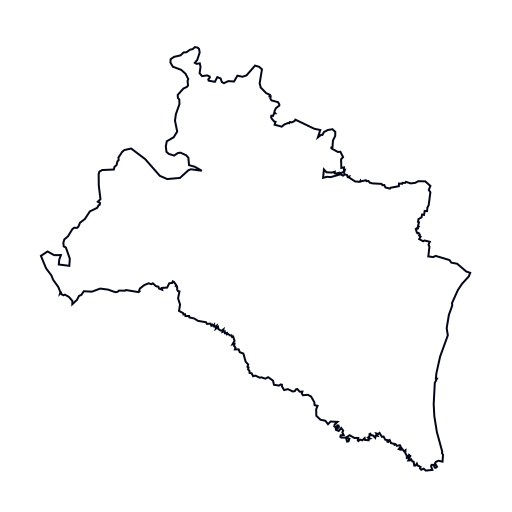 Tegal, Jawa Tengah, Indonesia, rotated 93°
{"feature_id": "22746128B39713682939315", "entity_name": "Tegal", "entity_type": "district", "adm_level": 2, "iso_a3": "IDN", "parent_name": "Indonesia", "parent_adm1": "Jawa Tengah", "projection": "orthographic", "projection_center": [109.163, -7.056], "detail": "fine", "context": "isolated", "style": "outline", "palette": "ink", "viewbox_px": 512, "rotation_deg": 93, "n_neighbors": 0, "source": "geoboundaries", "source_scale": "gbopen_adm2", "svg_char_len": 6019}
<svg xmlns="http://www.w3.org/2000/svg" viewBox="0 0 512 512"><g transform="rotate(93 256 256)"><path d="M304.0,449.8L302.9,448.8L304.4,448.1L305.3,446.3L304.6,444.8L306.7,440.6L310.5,437.0L313.8,436.9L309.2,432.5L305.2,430.7L303.9,428.3L300.2,426.1L300.2,418.0L296.7,409.9L297.3,402.0L299.5,394.6L299.0,392.4L297.7,390.9L297.5,385.0L296.8,384.1L298.2,371.4L297.4,370.4L296.3,370.9L294.4,370.1L290.8,365.9L288.9,361.8L289.6,359.0L288.7,357.6L291.5,354.1L291.7,351.9L293.6,351.1L294.6,347.9L292.8,348.4L292.2,343.1L287.8,341.2L287.2,338.1L285.7,337.8L286.1,336.7L289.5,333.9L290.2,334.5L291.0,333.2L293.9,332.9L295.2,332.0L295.4,330.6L302.4,331.6L308.5,329.3L314.9,330.0L316.9,325.7L318.2,325.4L317.9,323.8L319.7,323.3L319.4,319.8L320.8,319.4L321.6,314.5L323.8,310.5L324.8,302.4L326.4,301.4L325.9,297.9L327.9,297.0L326.9,295.9L328.1,295.0L327.0,294.2L328.5,294.1L328.9,293.2L327.7,291.7L330.7,292.3L328.8,290.2L330.8,289.8L332.2,287.7L332.3,286.2L331.1,284.8L333.6,285.4L332.8,283.3L334.8,282.9L334.3,281.0L335.7,280.9L335.3,279.9L336.8,277.4L336.5,276.3L338.1,275.6L337.6,274.6L341.8,273.0L345.5,274.9L344.9,272.9L346.9,273.2L348.5,271.7L350.4,272.2L350.2,268.4L352.9,267.2L354.1,263.5L362.1,260.8L364.8,258.1L367.2,258.7L367.7,257.6L369.6,258.0L371.1,256.5L373.1,256.3L373.4,254.2L376.2,252.6L375.5,250.3L377.3,246.0L376.9,244.2L378.0,240.3L376.4,237.5L379.6,232.5L383.7,231.3L384.2,226.2L383.0,224.7L383.2,223.4L384.8,223.3L388.4,220.9L387.3,217.2L389.4,212.1L388.9,210.2L386.9,208.9L386.7,207.8L389.2,205.3L389.0,202.6L390.7,203.1L392.6,201.9L391.9,197.0L393.5,193.6L399.0,190.1L401.9,189.7L402.4,186.7L406.0,187.9L412.4,187.4L416.1,183.1L416.9,178.1L420.2,175.3L417.4,172.9L417.4,166.0L420.1,168.6L422.1,168.9L423.0,167.1L420.8,165.8L421.0,164.7L422.3,164.2L423.8,165.3L424.2,167.3L425.4,167.1L426.4,164.2L423.3,161.9L425.8,159.8L427.6,160.5L430.2,159.1L430.6,162.0L432.2,162.3L432.9,161.2L432.6,156.7L436.6,155.3L436.2,153.9L433.6,153.2L433.1,155.6L431.9,155.6L430.1,153.1L432.5,148.4L432.4,144.4L434.6,144.8L435.4,144.1L433.9,142.5L434.5,140.2L432.2,138.0L434.0,137.5L434.1,133.9L432.8,134.0L432.3,132.6L431.4,134.6L430.3,133.4L427.7,133.2L427.5,132.5L428.9,131.8L429.0,129.9L431.3,127.4L429.1,127.1L429.3,125.1L426.9,126.6L427.3,124.5L426.2,123.4L430.0,120.8L429.6,119.2L432.7,117.3L433.0,114.6L434.5,115.1L434.8,114.3L433.0,112.8L435.8,111.4L436.3,108.4L437.3,107.8L436.6,106.8L438.2,105.3L437.4,102.4L438.7,101.6L441.4,103.3L441.9,101.2L440.1,100.7L443.3,97.9L442.2,96.6L444.9,96.6L447.5,95.0L449.8,94.8L449.5,93.8L446.6,92.8L447.6,91.4L452.2,93.2L452.0,91.3L451.0,90.4L453.0,89.0L453.2,87.8L457.0,87.0L456.9,85.7L454.9,84.5L456.8,83.6L458.0,80.6L459.5,81.1L460.8,79.8L459.6,77.4L461.4,75.2L460.4,68.7L456.7,70.2L455.4,69.7L455.3,67.8L458.0,66.3L458.1,65.4L456.9,64.2L453.9,66.4L452.3,65.7L450.9,63.1L451.6,59.0L444.8,58.8L443.0,60.0L441.6,59.8L422.2,66.2L406.8,69.5L394.8,70.8L373.4,70.8L369.0,68.9L369.0,70.0L363.6,69.7L346.9,66.9L325.2,60.3L318.1,61.8L304.7,60.3L295.1,57.4L292.8,57.8L279.4,52.6L273.0,48.8L265.2,42.4L261.6,41.2L260.5,45.2L253.2,54.7L252.4,60.6L249.9,62.6L246.5,76.6L247.8,79.0L247.4,83.9L237.6,83.3L235.8,84.3L232.7,83.2L231.7,88.5L232.5,89.9L230.6,93.9L228.0,92.6L227.1,94.1L226.0,93.6L224.5,94.8L224.9,95.9L224.1,96.6L220.8,97.8L219.8,95.0L219.6,96.6L218.1,95.0L217.5,95.8L213.8,95.0L213.4,96.0L210.7,95.7L208.7,92.7L205.9,92.3L206.2,90.4L202.2,89.9L202.2,87.5L198.8,87.4L196.2,86.2L183.3,85.2L180.9,86.9L176.9,85.5L172.6,90.9L172.8,97.8L174.6,100.8L175.4,105.3L174.1,110.1L175.1,110.7L175.3,113.6L176.2,113.8L176.2,117.0L178.8,117.0L180.8,125.2L181.7,125.8L180.8,130.3L178.4,131.6L178.7,133.4L177.4,134.4L177.4,143.3L176.8,146.2L175.2,147.7L175.5,149.5L174.6,150.2L176.0,155.2L175.3,155.6L176.5,156.2L176.4,160.8L172.7,167.3L171.7,167.0L172.3,168.6L170.4,169.3L169.8,171.4L171.2,173.3L170.0,175.8L173.3,185.5L173.2,189.3L174.4,193.1L166.0,192.7L168.7,190.0L168.7,184.7L167.7,181.7L169.3,181.8L169.4,180.2L168.4,176.9L169.2,176.4L167.9,173.9L168.3,172.6L165.4,171.8L165.7,172.7L162.9,172.8L163.6,175.4L155.0,176.1L152.7,174.2L147.5,177.2L147.8,179.7L144.6,186.3L143.6,186.4L143.2,185.3L136.7,185.2L132.0,183.2L127.9,183.3L125.4,186.3L126.4,190.8L128.6,194.6L131.6,196.0L131.6,197.3L134.3,200.4L126.8,198.4L125.9,204.4L117.8,223.8L119.3,224.7L120.7,227.3L120.4,229.1L121.7,229.8L121.4,230.7L123.2,234.6L125.5,237.1L123.9,244.3L121.0,243.5L120.8,244.8L118.6,247.0L116.7,248.2L115.1,248.0L115.2,246.3L112.7,245.5L112.5,244.2L111.5,245.2L110.2,245.0L107.4,243.9L104.5,240.6L103.3,240.7L101.2,242.1L99.8,248.7L97.9,250.0L95.8,249.7L95.8,250.9L94.3,250.6L92.8,254.4L87.5,260.1L83.3,261.4L69.3,259.8L66.9,262.8L65.9,266.9L76.2,275.0L77.7,278.9L76.9,284.0L82.9,287.1L82.8,292.8L85.1,297.1L84.0,299.3L80.6,300.6L79.4,304.0L84.2,306.2L83.4,312.4L82.2,312.9L80.1,311.4L79.1,311.8L78.2,314.3L79.2,319.3L76.4,321.9L70.1,321.3L66.6,322.2L67.2,325.5L66.3,327.2L63.2,324.9L55.8,322.9L52.2,323.7L51.0,325.1L50.6,328.0L52.7,330.0L53.4,332.6L56.2,336.2L56.5,338.9L59.6,341.9L61.4,348.2L63.9,351.5L67.2,351.6L71.3,349.0L74.0,340.5L77.7,335.9L82.9,332.9L84.8,333.5L89.2,332.8L90.7,333.8L92.6,337.3L99.2,342.6L102.2,342.3L103.7,340.8L108.3,340.4L118.5,343.4L125.0,344.0L135.9,341.2L141.7,344.4L146.1,351.1L151.3,351.8L156.6,350.9L158.6,348.4L160.0,343.1L157.2,339.3L156.8,336.7L159.1,330.9L161.4,328.7L168.8,327.6L170.0,322.0L173.7,314.6L172.8,325.5L173.8,327.9L182.0,336.0L183.8,348.7L181.0,356.2L165.1,371.7L155.2,386.3L157.1,393.0L158.9,395.0L164.8,398.5L167.5,398.2L168.9,399.4L172.5,400.0L174.4,402.0L177.1,402.5L178.2,414.1L179.9,416.8L182.5,417.4L193.8,416.7L207.4,414.3L210.1,416.8L211.1,414.6L213.1,414.8L213.6,415.9L216.2,417.1L220.2,424.3L228.0,428.8L232.0,433.5L236.0,434.9L237.3,436.2L237.3,439.1L238.8,440.8L246.2,444.8L249.5,448.3L253.0,449.1L256.5,448.5L257.5,446.3L268.4,441.8L275.6,441.9L274.8,452.5L270.0,452.3L265.3,450.9L265.7,457.7L262.4,464.4L267.1,470.8L279.3,465.0L286.1,459.3L290.3,457.4L297.3,451.8L302.3,449.5L304.0,449.8Z" fill="none" stroke="#020617" stroke-width="2"/></g></svg>